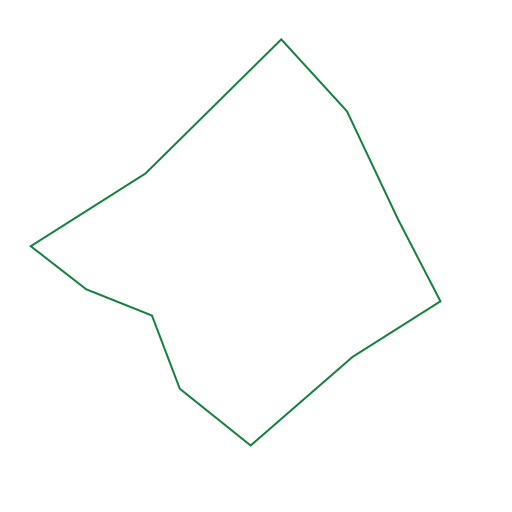 an SVG outline of Praslin, rotated 229°
{"feature_id": "LCA-5084", "entity_name": "Praslin", "entity_type": "Quarter", "adm_level": 1, "iso_a3": "LCA", "parent_name": "Saint Lucia", "parent_adm1": "", "projection": "mercator", "projection_center": [-60.926, 13.871], "detail": "fine", "context": "isolated", "style": "outline", "palette": "green", "viewbox_px": 512, "rotation_deg": 229, "n_neighbors": 0, "source": "natural_earth", "source_scale": "10m", "svg_char_len": 320}
<svg xmlns="http://www.w3.org/2000/svg" viewBox="0 0 512 512"><g transform="rotate(229 256 256)"><path d="M411.2,92.4L390.8,226.7L402.9,417.2L305.5,419.6L190.0,387.1L100.8,365.5L116.5,262.8L116.5,219.5L116.5,127.6L205.8,111.4L279.3,138.4L342.3,106.0L411.2,92.4Z" fill="none" stroke="#15803d" stroke-width="2"/></g></svg>